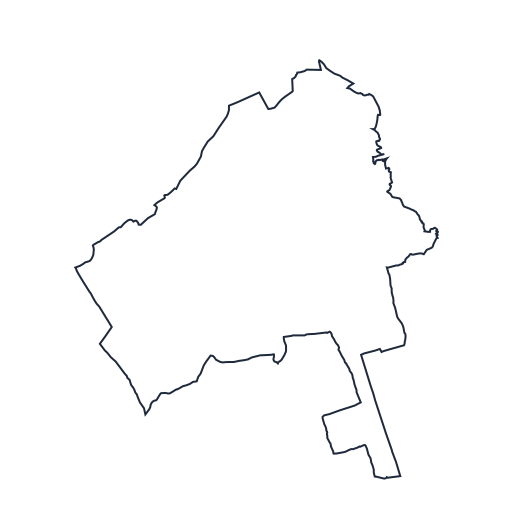 Cretesti, Vaslui, Romania (orthographic projection), rotated 8°
{"feature_id": "2599482B47452511342695", "entity_name": "Cretesti", "entity_type": "district", "adm_level": 2, "iso_a3": "ROU", "parent_name": "Romania", "parent_adm1": "Vaslui", "projection": "orthographic", "projection_center": [28.003, 46.636], "detail": "fine", "context": "isolated", "style": "outline", "palette": "slate", "viewbox_px": 512, "rotation_deg": 8, "n_neighbors": 0, "source": "geoboundaries", "source_scale": "gbopen_adm2", "svg_char_len": 6094}
<svg xmlns="http://www.w3.org/2000/svg" viewBox="0 0 512 512"><g transform="rotate(8 256 256)"><path d="M292.4,359.3L292.6,359.4L293.0,358.0L295.0,356.2L296.0,354.7L297.9,350.2L298.9,346.6L298.9,345.2L298.3,341.2L298.0,340.1L295.9,336.6L294.9,333.5L294.8,332.3L302.1,330.2L303.6,329.5L315.1,327.9L316.8,326.7L318.4,326.2L324.8,325.0L336.5,321.9L337.1,322.3L339.5,320.7L340.4,321.2L341.0,321.7L341.9,323.1L342.4,324.8L344.8,327.5L346.4,329.9L348.2,331.9L349.6,332.9L351.0,335.2L350.7,337.4L352.1,338.9L354.5,342.5L357.9,346.7L358.9,349.0L360.4,349.9L360.4,350.3L363.9,354.5L364.9,356.8L367.0,358.9L367.9,360.2L369.0,363.8L369.6,364.5L371.6,369.9L374.2,374.8L374.6,377.0L380.1,386.4L374.5,390.4L360.0,397.4L350.8,402.3L345.7,404.3L344.3,406.1L344.6,407.6L347.1,413.2L348.1,414.5L349.4,416.8L350.0,419.2L350.8,420.1L351.1,420.8L350.9,422.2L351.3,423.4L351.6,423.9L351.9,426.2L354.9,430.4L355.8,431.2L356.8,434.3L359.7,438.9L360.1,440.5L360.4,440.9L360.7,440.9L363.8,440.2L370.7,437.9L372.8,436.8L374.9,435.2L377.4,433.9L378.9,433.8L383.0,431.7L385.1,430.2L385.7,430.4L389.4,428.1L390.3,428.1L391.1,428.8L392.7,431.5L395.0,437.1L397.4,440.1L398.0,441.5L398.8,444.2L400.7,447.5L402.3,451.0L402.8,454.1L404.3,457.9L406.0,457.8L414.0,458.6L416.6,457.4L416.5,456.9L417.5,457.2L418.9,456.8L429.5,453.9L423.3,440.4L418.1,430.9L417.3,428.9L409.3,413.4L394.1,382.4L391.3,375.9L387.5,368.4L373.8,339.2L376.7,337.4L387.1,333.1L391.6,330.8L393.7,333.6L395.4,332.5L400.5,330.2L415.0,323.8L415.4,322.2L415.2,320.4L415.4,318.9L415.4,315.7L415.1,313.6L414.6,312.2L413.7,311.5L411.9,306.2L410.6,303.7L409.6,302.3L405.5,298.2L404.3,296.6L401.1,288.2L398.6,283.5L398.4,281.2L397.5,277.8L396.9,276.8L395.5,273.3L394.8,269.2L393.3,266.4L392.0,260.0L390.8,256.2L389.7,254.9L387.2,249.1L388.4,249.1L396.3,245.8L398.1,245.6L399.4,244.7L401.9,243.6L402.5,243.0L402.1,242.7L402.2,242.4L403.2,241.4L404.5,241.1L404.4,238.8L405.7,236.7L407.0,235.4L408.5,232.7L409.3,232.5L410.3,232.9L411.7,232.7L416.7,230.9L419.5,230.4L421.9,230.9L424.2,226.2L428.8,223.4L429.4,222.6L429.9,221.4L430.1,219.5L431.9,214.2L432.4,213.1L433.3,212.8L432.0,211.1L433.0,209.9L432.2,208.8L431.5,209.2L431.1,209.0L431.3,208.6L432.6,207.4L432.8,206.8L432.2,206.3L431.8,206.6L431.1,206.4L431.0,206.0L431.7,205.3L431.8,204.8L430.8,203.9L429.2,203.2L428.7,203.3L427.5,204.5L425.6,204.9L424.9,206.1L424.8,206.7L425.0,207.8L423.7,208.1L419.4,208.1L419.6,207.1L418.1,204.6L417.8,203.4L417.8,201.7L417.4,200.7L416.9,200.7L415.8,199.2L415.5,199.6L415.2,199.3L414.0,197.5L413.2,197.0L412.6,195.0L411.5,193.1L410.6,192.6L408.3,190.0L406.7,189.5L405.7,188.8L403.1,188.3L402.0,187.8L395.7,186.4L394.1,184.6L393.7,183.5L392.1,181.0L392.1,180.6L390.2,179.0L383.4,178.7L382.5,178.3L380.5,175.8L377.0,174.1L377.0,173.7L379.0,172.1L380.0,168.6L379.8,167.8L378.7,167.1L378.3,166.4L378.4,165.9L379.6,165.2L380.5,164.3L378.6,160.3L378.3,159.3L378.4,158.1L377.9,156.4L378.0,154.8L377.8,154.2L376.2,154.0L375.7,153.5L375.6,152.9L376.0,151.6L375.7,150.7L375.3,150.5L374.9,150.3L374.1,150.9L373.4,150.9L372.6,151.3L371.2,147.9L370.7,144.6L371.4,142.0L372.0,141.1L369.8,142.2L369.5,142.6L369.7,144.5L368.5,144.3L368.2,143.8L367.8,143.6L367.7,142.8L365.4,143.7L364.1,143.7L363.9,144.0L362.6,144.2L361.4,145.5L361.2,148.0L360.9,148.4L359.8,147.8L359.5,146.5L358.9,146.2L358.8,144.3L358.0,141.7L361.1,141.0L362.8,139.8L368.9,137.2L366.3,137.9L365.4,137.7L364.1,136.6L361.9,135.8L360.9,134.6L361.0,133.9L364.9,131.7L364.8,131.2L364.4,130.8L361.1,129.7L360.2,128.7L359.2,126.5L359.2,125.7L360.3,125.1L361.5,125.1L362.0,124.6L361.9,124.1L362.5,123.5L362.5,122.8L361.2,120.7L360.9,119.3L359.3,117.0L357.2,115.8L356.5,115.0L354.1,114.1L355.4,113.9L356.3,112.4L356.7,110.9L357.0,108.2L357.2,104.3L357.0,100.6L357.2,99.2L359.1,99.2L359.3,99.1L359.3,98.3L358.1,94.0L357.6,93.3L356.7,91.2L349.8,81.6L347.4,80.4L345.5,79.8L345.1,80.6L343.5,80.9L342.0,81.7L340.9,81.9L339.5,81.6L338.7,80.7L337.2,80.5L336.7,80.1L335.6,80.6L333.9,80.8L330.4,79.6L325.8,77.2L323.1,77.0L324.4,75.0L328.4,71.7L322.6,69.3L316.7,67.3L314.2,65.8L308.2,64.5L303.5,62.3L299.4,60.1L296.6,56.7L293.6,54.4L291.5,53.4L291.2,54.4L294.4,62.7L280.3,64.4L278.4,66.1L274.0,68.0L271.4,68.6L271.1,70.4L270.4,71.3L270.3,72.7L269.0,74.4L267.2,75.8L269.4,87.4L269.1,88.2L262.3,94.5L259.8,97.2L257.5,100.4L255.2,104.4L253.7,106.5L249.8,108.2L247.7,108.7L236.4,93.6L216.1,106.4L208.3,110.9L208.9,115.4L208.3,119.3L207.5,122.1L201.2,134.4L197.1,143.4L192.3,149.3L189.2,156.3L187.9,159.8L187.6,165.1L184.8,172.5L182.9,175.7L178.5,180.8L170.6,191.9L167.7,200.7L166.1,200.4L162.6,204.9L159.9,207.7L157.1,208.4L156.8,208.8L157.5,210.5L157.5,211.4L150.9,216.7L148.3,219.7L150.4,220.9L151.0,221.5L151.1,222.1L150.9,224.4L150.2,227.0L150.2,228.2L149.8,228.8L143.7,233.6L137.6,241.1L135.5,241.3L135.3,240.6L134.4,239.3L132.8,237.8L132.3,237.7L131.6,237.8L129.8,239.0L128.3,237.8L127.0,237.5L125.8,237.7L124.3,238.5L121.1,241.8L118.1,246.3L116.2,246.7L112.0,251.5L100.7,261.6L99.6,263.2L97.7,264.2L93.5,267.5L93.0,268.3L94.0,270.4L94.5,272.1L94.7,276.7L94.6,278.4L93.3,282.2L91.9,284.2L87.4,286.3L86.3,287.6L83.1,290.2L78.7,292.6L79.4,293.3L80.5,295.5L82.8,298.6L88.9,306.1L96.0,314.5L97.4,315.8L101.9,322.0L104.9,325.5L107.7,327.8L123.0,346.3L123.0,346.5L117.8,356.8L113.6,364.7L119.4,370.5L122.2,372.5L126.3,376.4L131.8,380.1L142.4,390.8L144.8,392.8L145.5,394.5L148.0,396.2L150.3,401.1L153.0,403.8L154.2,405.5L155.5,408.0L157.3,409.7L158.2,411.6L161.4,417.1L166.3,422.4L168.5,428.3L171.6,422.7L172.3,420.4L172.4,417.9L173.1,415.9L173.9,414.7L175.1,413.6L177.3,412.7L177.9,411.7L180.1,406.5L181.0,405.1L185.2,404.2L188.3,404.4L190.0,403.9L195.8,399.1L196.4,399.1L198.2,397.9L201.9,395.0L204.4,394.0L208.2,392.0L211.2,389.4L214.7,388.4L215.7,383.5L217.4,380.5L218.1,377.8L219.5,371.6L221.3,367.6L224.9,360.9L227.2,361.0L228.4,361.7L230.9,364.3L235.4,365.9L238.0,366.0L241.1,365.2L249.0,364.0L253.5,362.3L258.8,360.8L262.7,359.4L263.2,358.8L264.3,358.3L265.6,357.2L273.9,353.8L284.5,351.8L287.1,350.9L287.5,351.0L287.8,353.6L287.6,355.7L287.9,356.6L289.0,357.9L292.5,358.6L292.4,359.3Z" fill="none" stroke="#1e293b" stroke-width="2"/></g></svg>